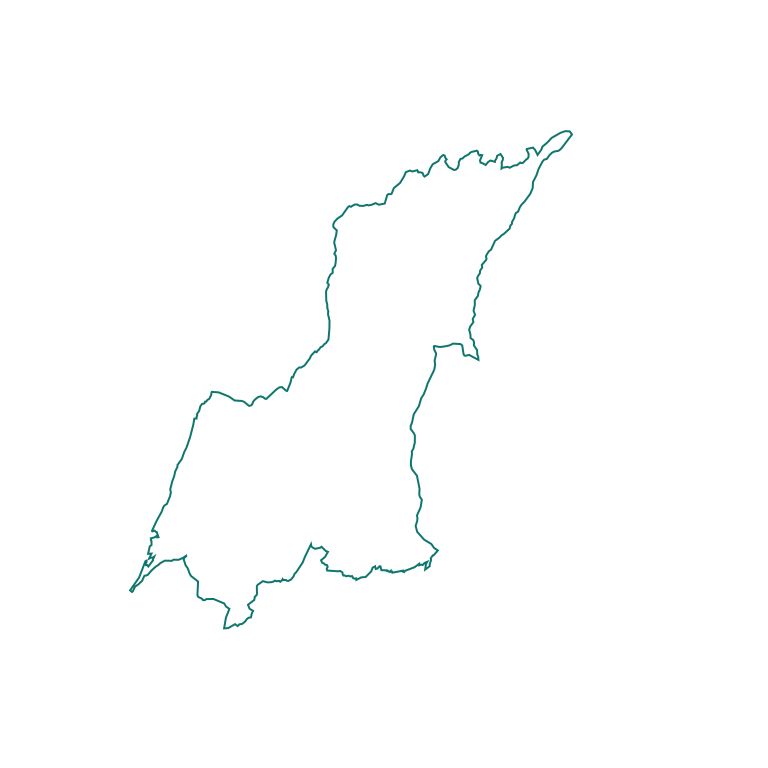 the district of Copacabana, Antioquia, Colombia, rotated 34°
{"feature_id": "7082276B76500841891057", "entity_name": "Copacabana", "entity_type": "district", "adm_level": 2, "iso_a3": "COL", "parent_name": "Colombia", "parent_adm1": "Antioquia", "projection": "equal_earth", "projection_center": [-75.502, 6.36], "detail": "fine", "context": "isolated", "style": "outline", "palette": "teal", "viewbox_px": 768, "rotation_deg": 34, "n_neighbors": 0, "source": "geoboundaries", "source_scale": "gbopen_adm2", "svg_char_len": 6154}
<svg xmlns="http://www.w3.org/2000/svg" viewBox="0 0 768 768"><g transform="rotate(34 384 384)"><path d="M521.7,491.9L517.2,491.9L512.8,490.2L504.4,490.6L494.2,488.0L489.6,484.0L488.1,478.9L486.6,476.3L484.9,474.7L483.3,465.8L480.1,458.8L476.8,457.4L475.0,455.9L472.0,450.9L462.6,441.6L454.8,439.0L452.2,436.8L449.8,433.5L446.5,426.7L444.7,424.2L444.6,421.5L442.4,415.5L438.5,409.6L436.9,408.4L431.2,406.3L429.6,403.9L428.8,400.3L425.6,392.5L425.3,382.7L422.8,375.1L422.7,370.4L421.6,365.1L419.8,358.8L417.7,344.1L415.6,339.4L412.8,336.2L410.7,330.4L409.9,329.4L406.5,327.5L404.3,325.0L404.5,324.3L409.6,322.1L413.1,319.1L416.7,315.4L418.7,311.9L425.1,308.1L427.3,308.3L433.3,314.8L434.7,315.4L435.6,315.2L438.3,312.3L448.8,311.2L446.8,308.7L444.8,307.4L442.2,303.8L436.9,301.7L435.3,299.1L433.6,297.7L430.1,297.5L427.9,294.6L424.2,291.3L423.3,288.1L423.5,282.7L421.2,280.5L420.8,275.7L417.3,273.2L415.1,267.7L412.4,263.8L412.6,258.5L411.1,255.2L410.8,252.6L409.8,249.7L409.1,248.6L406.2,248.1L402.1,244.2L401.6,242.3L401.6,238.7L400.3,236.3L400.3,232.6L398.5,230.6L399.3,223.9L398.8,222.6L397.4,221.5L396.9,220.3L396.7,215.6L397.6,212.6L396.0,203.2L397.8,198.2L398.3,195.0L399.3,193.0L401.3,185.0L400.2,182.1L400.5,179.7L399.5,178.0L399.2,173.8L398.2,171.0L397.7,168.5L398.8,166.2L397.8,161.5L397.7,158.7L398.5,154.2L398.9,144.5L397.7,138.4L394.6,133.3L393.7,125.9L391.9,119.2L391.0,110.7L391.4,108.3L393.1,106.4L393.2,101.7L393.9,98.5L394.9,96.4L398.3,93.0L399.3,89.8L400.3,72.0L396.8,70.7L392.9,73.0L389.9,77.0L385.4,86.1L384.3,92.7L382.6,98.7L383.4,101.8L383.2,108.2L378.3,105.4L375.3,104.7L371.0,109.3L371.1,109.9L375.2,112.3L376.9,115.0L377.0,116.8L376.3,118.5L375.6,122.8L374.3,124.1L373.1,124.2L371.9,128.3L369.6,130.1L367.3,134.4L365.2,134.8L361.3,138.4L360.9,139.6L358.5,135.4L357.7,134.8L357.1,131.6L356.2,130.0L352.0,128.2L350.2,131.5L351.1,133.9L351.2,137.0L351.7,137.8L347.3,139.2L346.2,141.6L345.8,145.6L341.3,146.0L340.3,146.5L338.6,145.1L337.4,139.4L335.9,140.2L335.4,141.1L333.4,140.5L332.2,139.1L330.6,138.6L326.7,142.8L325.9,144.6L325.9,146.0L323.6,150.3L322.9,153.3L321.5,154.6L321.9,158.1L323.5,160.7L324.3,163.9L323.7,166.0L322.5,167.4L316.3,168.0L310.6,165.7L310.1,164.5L310.3,162.7L308.6,162.3L306.6,160.7L305.1,161.0L304.0,164.4L304.4,168.9L301.5,174.6L301.8,179.5L303.2,185.3L301.7,189.3L300.5,189.2L297.9,187.5L295.9,188.1L294.0,189.4L292.1,188.1L288.6,192.0L286.2,192.5L283.6,196.2L284.5,200.5L284.9,208.3L282.6,216.1L283.9,221.9L283.6,222.7L281.5,224.1L281.0,225.5L283.7,234.0L279.4,238.3L275.9,238.7L273.6,242.3L271.4,244.5L269.7,245.0L267.4,247.8L264.1,249.9L261.2,250.2L259.1,251.9L257.5,255.6L255.9,255.8L255.2,257.4L255.0,267.7L252.9,272.8L252.2,277.4L252.8,280.2L254.4,282.3L258.9,283.0L261.1,287.4L262.9,293.1L263.8,294.8L269.4,299.9L270.0,303.8L272.1,304.6L273.8,306.4L276.2,310.7L277.4,313.5L277.1,317.4L279.3,320.5L278.4,323.2L278.8,326.8L280.4,331.8L282.7,332.5L283.5,335.2L283.6,337.9L284.5,340.1L289.6,347.3L292.3,349.6L294.6,352.8L297.2,354.9L298.5,357.4L303.3,361.8L307.7,368.5L313.1,378.2L313.0,382.7L312.2,384.4L312.0,387.1L310.9,388.9L310.8,392.2L310.3,393.1L310.5,394.6L310.2,395.5L308.6,395.5L307.9,399.9L307.7,401.4L308.2,404.2L307.8,413.0L306.0,416.8L304.4,417.7L303.5,420.9L303.9,425.8L304.8,429.3L303.8,429.6L304.0,430.9L305.7,435.1L307.6,443.9L306.7,444.3L301.1,443.6L299.1,445.4L297.8,448.7L294.8,462.1L293.6,462.7L291.2,462.5L288.7,463.2L287.0,465.1L285.7,469.0L285.4,471.6L286.1,474.8L285.8,476.0L284.8,477.2L284.1,477.6L277.9,477.0L275.5,477.6L269.4,481.2L262.4,481.1L251.6,483.4L245.7,486.8L246.0,488.2L246.9,489.7L247.4,494.0L246.5,496.1L246.4,498.1L245.5,498.7L245.9,500.6L244.3,502.4L244.2,505.1L245.8,509.7L245.8,513.8L246.8,514.6L247.1,516.4L247.9,517.4L246.1,518.8L248.5,524.0L252.9,536.3L255.8,547.0L256.4,551.9L258.3,559.2L258.1,566.7L259.1,568.2L259.8,573.4L261.6,577.7L262.9,583.1L265.7,590.9L267.9,593.0L269.4,596.8L271.1,604.8L269.9,607.6L269.9,609.5L271.1,614.3L272.0,624.4L273.8,635.6L274.4,635.7L275.9,633.8L277.3,634.2L278.4,633.8L282.7,637.1L281.8,638.0L280.3,637.5L280.0,638.8L277.1,642.3L277.7,642.6L278.0,643.8L279.1,644.3L281.3,647.5L280.6,649.6L283.4,656.7L286.1,654.6L286.9,660.1L287.7,658.5L289.4,657.2L290.0,655.6L290.6,658.8L291.1,659.3L290.7,667.1L288.9,666.5L288.0,667.2L286.5,665.7L286.9,664.9L286.6,664.2L285.7,663.5L285.3,664.3L289.2,681.4L288.9,697.1L291.4,697.3L291.7,696.3L290.9,691.2L292.4,687.5L293.5,682.5L292.6,676.9L294.0,675.7L294.9,674.2L295.5,668.8L296.8,663.3L298.2,660.0L298.8,657.4L301.1,653.0L307.0,649.2L307.7,647.4L311.9,644.7L314.6,640.6L316.0,637.0L316.3,637.3L315.7,639.5L316.0,641.4L321.0,645.3L324.3,646.5L329.1,650.0L331.5,651.1L340.3,651.7L347.2,663.1L348.9,664.4L353.4,663.8L354.4,664.4L356.0,663.8L357.1,661.6L362.8,657.6L374.2,655.3L377.5,656.8L381.6,656.9L383.6,666.1L388.1,676.0L391.4,673.4L394.8,666.4L398.0,666.5L398.6,664.0L400.5,662.3L401.7,658.7L401.8,655.3L402.6,653.3L404.2,651.9L402.8,648.4L402.3,645.3L398.3,645.5L394.7,643.1L397.2,635.5L395.9,632.7L396.4,630.3L396.1,629.1L391.7,622.8L391.5,621.4L393.8,615.2L398.2,613.7L401.2,611.5L403.0,609.5L403.3,608.2L405.7,607.3L407.1,605.9L408.6,606.0L409.2,603.9L409.0,602.4L410.2,602.8L412.2,601.3L413.1,601.5L414.7,600.9L416.3,598.0L416.6,594.2L416.0,591.2L416.5,589.2L416.4,577.5L415.1,571.5L413.1,557.7L414.4,559.1L416.0,559.5L419.0,559.2L422.8,555.3L423.2,553.9L429.2,555.0L431.4,554.5L431.8,560.3L430.4,565.3L432.6,566.8L434.1,566.4L436.3,566.7L437.8,566.0L439.5,567.0L439.9,569.4L441.2,570.4L450.6,565.0L452.1,563.6L454.8,563.4L456.6,565.2L457.5,565.5L458.3,564.7L460.1,564.6L461.8,562.8L463.8,562.3L464.9,561.1L467.1,562.2L468.4,561.9L469.6,560.7L470.6,561.9L473.3,557.0L476.7,554.3L478.2,546.6L477.3,542.6L478.6,540.1L480.6,542.0L481.8,540.6L482.2,537.6L483.0,537.2L486.0,539.8L490.6,536.8L491.1,536.7L491.1,537.3L493.5,536.6L494.0,535.2L494.5,536.1L495.7,535.0L496.5,535.7L503.9,528.3L504.1,529.1L505.9,528.6L505.8,527.3L511.8,518.8L513.7,513.4L514.5,514.6L516.3,512.6L517.3,512.5L517.7,509.6L519.3,507.2L519.6,510.1L521.9,514.8L523.8,509.5L522.6,507.7L521.5,503.7L520.2,502.3L520.3,498.8L520.9,498.3L521.7,491.9Z" fill="none" stroke="#0f766e" stroke-width="2"/></g></svg>